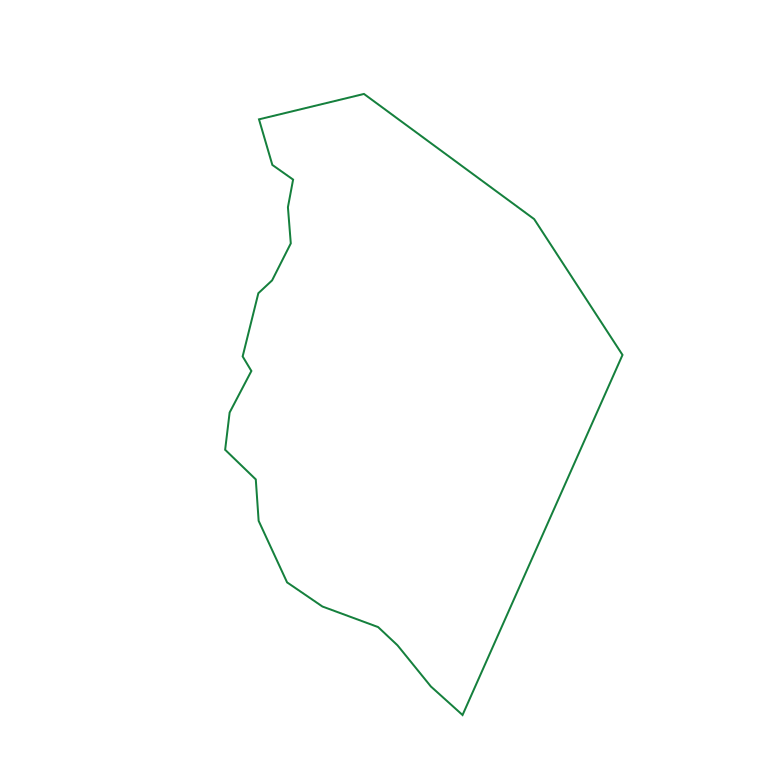 outline of Evans, Georgia, United States of America, rotated 215°
{"feature_id": "52423323B4289293971821", "entity_name": "Evans", "entity_type": "district", "adm_level": 2, "iso_a3": "USA", "parent_name": "United States of America", "parent_adm1": "Georgia", "projection": "mercator", "projection_center": [-81.841, 32.163], "detail": "fine", "context": "isolated", "style": "outline", "palette": "green", "viewbox_px": 768, "rotation_deg": 215, "n_neighbors": 0, "source": "geoboundaries", "source_scale": "gbopen_adm2", "svg_char_len": 442}
<svg xmlns="http://www.w3.org/2000/svg" viewBox="0 0 768 768"><g transform="rotate(215 384 384)"><path d="M638.2,529.1L601.1,499.4L575.7,499.3L564.1,473.7L541.0,445.7L535.1,404.7L539.0,386.3L515.6,325.5L500.1,318.6L494.1,272.1L476.4,239.0L434.3,232.3L408.2,200.0L349.6,165.9L306.8,166.4L249.4,181.5L223.1,177.7L172.1,163.1L129.8,157.9L205.3,544.6L355.6,605.2L566.8,610.1L638.2,529.1Z" fill="none" stroke="#15803d" stroke-width="2"/></g></svg>